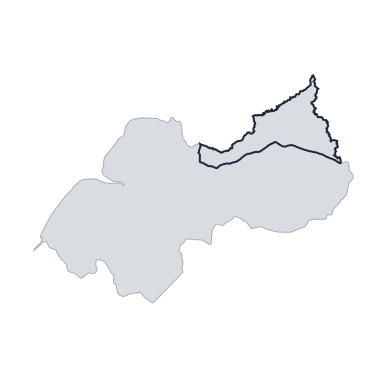 VI-7 Upper Corentyne, East Berbice-Corentyne, Guyana (highlighted), rotated 266°
{"feature_id": "73187651B49855956252830", "entity_name": "VI-7 Upper Corentyne", "entity_type": "district", "adm_level": 2, "iso_a3": "GUY", "parent_name": "Guyana", "parent_adm1": "East Berbice-Corentyne", "projection": "albers", "projection_center": [-57.779, 3.06], "detail": "fine", "context": "in_parent", "style": "outline", "palette": "slate", "viewbox_px": 384, "rotation_deg": 266, "n_neighbors": 0, "source": "geoboundaries", "source_scale": "gbopen_adm2", "svg_char_len": 9555}
<svg xmlns="http://www.w3.org/2000/svg" viewBox="0 0 384 384"><g transform="rotate(266 192 192)"><path d="M112.5,177.3L103.2,166.9L93.9,156.5L84.7,146.2L84.1,144.8L88.0,139.9L91.4,136.4L94.3,134.4L95.7,132.7L94.7,125.2L94.7,122.5L93.4,119.5L92.4,116.2L93.6,113.5L95.0,111.6L96.8,110.8L101.1,110.2L104.1,109.9L105.2,108.8L107.0,107.5L109.3,107.5L113.8,108.4L115.8,106.7L119.6,104.5L128.0,100.6L129.8,98.1L131.2,94.2L131.0,92.3L130.2,91.6L128.1,91.0L124.9,90.9L122.4,91.9L119.7,91.3L117.5,88.9L117.4,86.9L118.7,84.1L118.0,82.2L113.8,76.2L113.8,74.6L116.9,71.9L118.6,69.7L121.0,64.2L122.8,62.4L128.7,61.8L130.2,60.7L133.1,57.8L137.6,54.5L144.0,51.9L145.8,47.2L146.9,45.9L152.0,43.4L152.9,42.0L152.8,40.9L144.7,30.2L146.3,30.9L152.6,37.9L156.1,39.4L156.8,39.4L156.8,37.6L160.0,38.4L168.3,43.2L180.4,51.1L197.4,66.0L202.3,71.7L205.5,74.3L210.6,80.8L212.1,84.0L211.9,96.7L207.4,105.2L206.3,111.6L206.1,120.2L203.4,125.1L206.9,122.5L208.0,114.7L210.9,110.0L214.8,104.9L219.9,103.6L225.4,105.8L229.8,106.2L233.7,107.8L242.1,116.0L250.2,122.5L253.1,127.8L261.8,130.4L266.9,134.5L268.5,138.1L269.5,147.4L267.9,161.5L268.3,162.2L266.0,165.0L265.6,166.8L264.1,169.9L262.9,171.6L264.6,175.5L266.5,175.7L267.3,176.2L267.8,177.0L267.7,177.8L266.9,178.5L265.1,179.5L263.3,181.7L263.5,184.2L262.3,185.5L258.8,186.2L251.8,186.2L248.4,186.4L245.7,186.8L243.9,188.4L241.6,189.5L239.8,189.8L238.2,191.7L236.6,194.3L237.1,196.1L238.8,198.5L239.7,201.0L238.5,205.0L237.1,208.1L236.3,210.5L235.2,215.0L232.5,220.0L230.6,222.9L230.6,226.0L231.5,230.4L237.0,236.8L238.8,239.9L240.3,244.8L245.2,248.6L248.4,251.8L248.1,255.9L248.5,257.2L250.4,258.2L252.8,259.0L255.4,258.9L257.7,258.6L258.2,258.0L263.6,257.9L264.2,259.0L264.5,264.9L264.7,267.3L266.0,268.3L266.8,269.8L266.8,271.1L267.1,274.4L267.8,276.2L267.7,279.7L268.3,281.0L269.8,281.9L271.6,284.4L272.3,284.8L272.7,285.7L274.3,289.3L275.1,290.4L275.7,290.5L275.9,291.8L277.1,295.2L277.9,296.0L279.4,298.5L280.0,301.2L282.0,304.3L284.0,306.4L284.9,308.6L287.5,313.6L290.0,317.0L293.4,317.9L296.3,318.4L298.0,319.7L299.8,321.2L297.9,321.8L296.2,322.7L293.9,322.0L290.7,322.4L287.3,323.4L284.2,323.9L278.3,322.3L276.5,322.1L275.3,321.4L272.9,318.4L271.7,318.0L268.6,319.5L264.8,320.4L263.0,320.3L260.8,321.3L258.8,322.7L254.9,328.6L252.9,330.7L250.8,331.7L246.5,331.7L241.9,331.9L238.5,333.3L235.3,334.0L233.7,334.1L233.1,337.4L232.4,338.9L231.4,339.8L228.9,340.1L226.7,339.9L225.3,338.6L222.8,337.9L220.5,337.4L219.1,336.6L217.9,336.8L216.9,338.2L216.2,339.3L215.5,341.5L212.1,342.2L210.6,343.4L211.5,347.4L211.1,348.9L210.4,350.2L206.3,350.4L202.7,350.3L200.7,351.8L198.2,353.5L196.7,353.8L194.9,353.7L192.5,351.7L190.2,349.3L184.4,347.5L178.7,346.1L174.9,342.2L174.0,340.3L172.2,339.4L167.7,334.8L165.3,331.8L162.6,331.0L159.5,329.8L159.6,327.6L159.4,325.5L158.1,324.7L156.2,324.1L155.6,322.9L155.8,320.2L156.1,313.2L155.6,306.5L151.5,304.1L149.7,302.6L146.6,292.6L145.1,288.1L145.1,284.8L146.1,274.9L147.3,270.6L150.5,262.0L152.4,259.1L152.5,256.9L152.3,254.1L151.4,248.6L156.8,245.1L159.1,243.6L159.5,241.3L162.4,238.4L163.7,235.5L164.7,233.3L164.4,232.2L163.2,231.5L161.7,229.4L158.6,223.3L157.5,222.1L156.5,220.4L157.0,217.7L158.2,214.8L158.1,213.6L156.2,212.0L152.4,209.4L149.2,209.2L146.7,208.3L143.1,208.1L140.2,207.8L138.5,206.9L138.9,205.3L139.6,204.0L142.0,201.0L143.7,197.7L143.9,194.6L144.4,190.4L145.1,186.7L145.5,182.6L141.7,179.9L140.5,177.7L138.9,175.8L137.1,175.8L134.5,174.9L130.4,177.5L127.2,177.0L124.9,178.0L119.8,177.8L116.5,176.5L112.5,177.3Z" fill="#d9dde1" stroke="#a8b0b8" stroke-width="1"/><path d="M214.1,218.7L214.7,219.4L215.6,220.5L216.6,222.1L216.9,222.9L217.3,224.4L217.4,224.7L217.6,225.7L217.8,227.1L217.9,227.5L218.0,228.4L218.0,228.9L217.9,229.7L217.9,230.6L217.7,230.9L217.6,231.9L217.7,232.4L218.1,233.2L218.4,234.0L218.5,235.0L218.9,236.7L218.9,237.2L219.0,237.7L219.3,238.6L219.7,239.5L221.0,241.9L221.7,242.9L221.9,243.2L222.5,243.8L223.4,244.9L224.7,247.0L224.9,247.4L225.3,248.2L225.5,248.6L226.1,249.9L226.2,250.5L226.2,252.0L226.3,253.0L226.5,253.9L227.2,255.9L227.3,256.5L227.3,257.1L227.5,258.3L227.4,260.2L227.4,261.6L227.8,263.0L228.2,263.8L228.5,264.2L229.5,265.8L229.9,266.6L230.2,267.0L231.7,269.6L232.6,270.7L233.9,273.1L234.3,273.8L234.6,275.0L234.9,275.4L235.4,276.9L236.0,278.1L236.0,278.6L235.7,279.4L235.1,280.3L234.2,281.3L233.5,282.3L232.9,283.0L231.9,284.5L231.4,285.3L231.1,286.2L230.9,287.0L230.9,288.9L231.0,289.3L231.4,290.1L231.5,290.5L231.7,292.6L231.9,293.5L231.9,294.0L231.8,294.6L231.7,295.1L231.5,295.6L231.3,296.4L231.2,296.9L230.9,297.5L229.7,299.5L228.9,301.2L228.5,302.0L228.2,302.5L227.4,304.7L226.3,307.1L225.8,308.7L224.9,311.0L224.5,312.3L224.3,313.3L224.1,313.7L223.9,314.6L223.5,315.5L223.3,316.4L223.0,317.9L222.3,319.8L221.6,320.9L221.3,322.3L220.7,323.6L219.8,325.7L219.5,326.1L218.6,327.5L217.7,328.6L217.5,328.9L217.2,329.9L216.8,330.6L216.5,331.3L216.0,332.1L215.3,334.2L214.6,335.2L214.0,336.6L212.6,338.3L211.7,339.8L211.4,340.1L210.8,340.8L210.6,341.1L210.5,341.5L210.5,342.3L213.2,342.6L215.9,342.0L216.5,341.5L215.5,339.5L216.9,339.0L217.0,338.0L218.7,336.4L218.9,337.6L221.4,337.5L222.5,338.6L224.4,337.5L225.8,338.0L226.3,340.2L227.2,340.7L228.6,340.1L229.9,340.3L230.2,339.5L232.7,340.5L233.9,337.5L233.8,334.8L232.8,334.2L233.4,333.7L236.2,334.3L238.3,332.7L239.4,333.3L239.8,332.3L241.7,332.5L242.1,330.7L242.9,330.5L245.3,331.2L245.9,330.5L248.3,332.6L251.4,331.6L251.6,332.3L252.6,332.2L253.5,331.5L253.1,331.0L254.3,330.8L255.0,327.9L257.0,327.3L257.7,326.3L257.9,322.8L260.8,322.0L261.3,321.1L260.7,320.5L261.8,319.5L263.2,319.6L263.5,318.8L265.1,319.3L265.0,320.0L266.8,321.4L268.2,319.6L270.5,319.1L271.8,317.4L273.2,317.5L274.2,320.6L275.6,321.0L276.4,322.4L278.0,322.9L278.8,321.9L280.5,321.7L281.7,323.1L285.8,324.2L286.2,325.1L289.3,321.9L291.5,322.4L293.7,321.0L295.5,322.7L299.9,321.0L299.7,320.6L299.4,319.9L298.9,319.7L298.1,319.6L297.8,319.4L297.1,318.8L296.7,318.3L296.6,318.2L295.4,317.8L295.2,317.7L294.8,317.7L294.0,317.8L292.2,318.0L290.7,317.8L290.3,317.6L289.9,317.1L288.0,314.1L286.7,312.8L286.4,312.4L285.7,310.7L285.2,310.2L284.9,309.6L284.9,308.9L285.0,307.7L284.9,306.9L284.7,306.7L283.4,306.4L282.9,306.2L282.5,306.0L282.2,305.6L282.1,305.4L282.1,304.8L282.1,304.2L282.3,303.3L282.2,303.0L282.0,302.7L281.5,302.3L280.2,301.8L279.9,301.5L279.6,300.7L279.8,300.2L280.0,299.9L279.7,299.6L279.5,299.3L279.4,298.7L278.8,297.8L278.8,297.5L279.4,297.2L279.5,296.5L279.4,296.5L279.2,296.8L278.6,296.6L278.3,296.6L278.1,296.7L277.6,296.6L277.2,296.4L277.1,295.3L277.2,294.6L277.1,294.2L276.8,293.8L276.4,293.6L275.9,293.1L275.7,292.8L275.7,292.1L275.5,291.8L275.5,291.5L275.8,290.4L275.6,290.3L275.5,290.2L275.2,290.4L275.0,290.6L274.6,290.5L274.3,290.2L274.1,289.5L274.0,288.4L273.4,287.3L272.4,286.2L272.2,285.8L272.2,285.5L272.4,285.1L272.4,284.8L272.1,284.7L271.6,284.8L271.2,284.8L270.9,284.7L270.7,284.3L270.7,283.8L271.0,283.1L271.5,282.5L271.2,282.4L270.3,282.9L269.6,283.0L269.4,283.0L268.9,283.0L268.9,282.6L269.1,282.3L269.0,282.1L268.3,282.1L268.0,281.9L267.8,281.5L268.0,280.9L267.8,280.4L267.2,279.4L267.0,278.9L267.0,278.4L267.4,278.1L268.0,278.0L268.6,277.7L268.8,277.4L269.0,277.0L268.8,276.8L268.6,276.8L267.9,277.3L267.7,277.4L267.3,277.3L267.1,277.0L267.0,276.7L267.1,276.1L266.9,275.4L267.1,274.9L267.4,274.5L266.8,274.0L266.5,273.6L266.6,273.3L267.0,273.2L267.8,273.2L267.6,272.4L267.5,271.5L267.4,271.3L266.7,271.1L266.3,271.1L265.4,270.6L265.3,270.3L265.2,269.9L265.4,269.6L265.9,269.1L265.9,268.9L265.6,268.9L265.2,269.3L264.9,269.4L264.4,269.3L264.0,268.9L263.9,268.4L263.9,268.1L264.4,267.6L264.3,267.4L264.0,267.4L263.6,267.2L263.6,266.6L263.7,266.0L264.1,264.7L264.1,264.2L264.0,263.7L264.2,263.3L264.2,263.2L263.9,263.0L263.7,262.1L263.7,261.7L264.0,261.1L264.2,260.7L264.2,260.0L264.0,259.2L263.7,258.7L263.5,258.1L263.4,257.9L263.1,258.0L262.6,258.5L262.0,258.7L259.5,258.8L258.8,258.8L258.2,259.0L257.3,259.5L256.7,259.6L255.9,259.9L255.5,259.8L255.2,259.7L254.9,259.1L254.6,258.9L254.2,258.8L253.8,258.8L252.8,259.0L252.6,259.0L252.3,258.6L251.6,257.9L251.0,257.6L250.1,257.6L249.6,257.7L249.0,258.1L248.3,258.4L248.1,258.3L247.7,258.1L247.5,257.8L247.3,257.7L246.5,256.8L246.2,256.3L246.1,255.8L246.3,254.5L246.5,253.9L247.1,253.2L247.2,252.6L247.3,252.2L246.8,251.3L246.0,250.3L245.6,250.0L245.0,249.3L244.6,248.3L244.3,247.9L243.8,247.5L243.0,247.3L242.8,247.2L242.7,247.2L241.3,246.3L241.0,246.2L240.5,245.8L240.1,245.2L239.9,244.7L239.7,243.9L239.5,241.6L239.4,241.1L239.2,240.3L238.9,239.7L237.8,238.0L236.9,236.3L236.5,235.7L236.1,235.3L235.5,235.3L235.1,235.4L232.9,235.2L232.9,233.6L232.7,233.5L232.4,233.3L231.6,232.5L231.2,231.9L230.7,231.3L230.5,230.7L230.6,230.4L230.6,230.0L230.6,229.1L230.4,227.2L229.8,225.8L229.4,225.2L229.2,224.7L229.1,224.2L229.6,223.4L231.3,220.4L232.5,218.9L232.9,218.6L232.9,218.1L233.0,218.1L233.0,216.1L234.4,215.7L234.5,215.4L234.3,214.9L234.2,213.9L234.4,213.0L235.1,211.4L236.3,210.1L236.9,209.0L237.6,207.3L237.7,206.7L238.1,205.4L238.4,204.8L239.4,203.4L238.9,203.5L238.5,203.7L238.1,203.8L237.1,203.7L236.1,203.2L234.3,202.6L233.5,202.2L232.7,202.0L232.2,201.8L231.8,201.8L231.3,201.7L230.9,201.5L230.6,201.2L229.8,201.9L229.4,202.2L229.0,202.3L228.5,202.4L227.6,202.4L226.5,202.4L225.3,202.0L224.2,202.2L223.7,202.1L222.5,201.9L221.7,202.0L221.4,202.1L220.9,202.5L220.7,203.8L220.6,204.2L217.9,208.4L217.6,208.7L217.1,209.6L216.8,210.1L216.6,210.6L216.6,211.0L216.7,211.6L216.3,212.6L216.2,213.9L215.7,214.7L215.4,215.2L214.9,216.4L214.4,217.2L214.2,217.6L214.1,218.7Z" fill="none" stroke="#1e293b" stroke-width="2"/></g></svg>